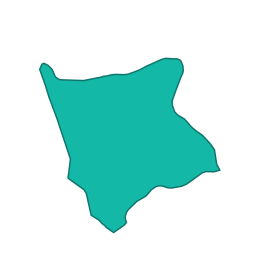 the district of San Antonio Ilotenango, Quiché, Guatemala, rotated 338°
{"feature_id": "79465075B34214096561703", "entity_name": "San Antonio Ilotenango", "entity_type": "district", "adm_level": 2, "iso_a3": "GTM", "parent_name": "Guatemala", "parent_adm1": "Quiché", "projection": "orthographic", "projection_center": [-91.208, 15.056], "detail": "fine", "context": "isolated", "style": "filled", "palette": "teal", "viewbox_px": 256, "rotation_deg": 338, "n_neighbors": 0, "source": "geoboundaries", "source_scale": "gbopen_adm2", "svg_char_len": 1151}
<svg xmlns="http://www.w3.org/2000/svg" viewBox="0 0 256 256"><g transform="rotate(338 128 128)"><path d="M197.3,201.5L196.7,194.7L200.0,180.6L198.4,173.5L194.2,162.6L190.5,156.9L188.8,153.9L187.1,150.6L183.8,141.0L178.8,134.4L177.3,130.3L177.6,124.0L178.8,119.9L181.5,116.6L185.1,112.6L187.0,110.5L195.8,101.0L199.4,97.5L200.8,95.4L202.2,90.8L202.0,85.5L201.5,84.3L199.7,82.5L195.6,80.7L189.2,77.6L185.1,77.0L168.4,77.6L160.1,78.5L148.6,78.2L144.6,77.2L136.4,73.6L132.2,72.4L127.4,71.8L124.9,70.9L122.3,70.9L118.2,70.0L104.6,67.4L83.4,58.0L81.7,56.4L79.8,53.4L79.5,45.1L77.4,40.1L74.4,36.6L72.5,36.5L71.2,37.5L68.1,40.6L67.4,57.3L66.3,69.7L65.7,92.3L63.0,135.2L56.4,147.2L54.0,151.1L53.8,152.4L64.3,169.1L64.5,171.2L64.8,173.3L61.2,195.1L66.5,202.4L68.2,207.0L70.0,209.9L70.2,211.2L73.9,217.1L75.5,219.5L88.5,216.5L91.2,215.0L91.2,212.9L92.2,209.0L95.3,205.4L98.2,203.6L108.7,199.3L119.2,197.8L124.8,195.0L126.6,193.9L128.9,193.5L131.1,192.9L132.5,192.9L134.7,193.1L136.5,193.8L138.4,194.9L142.8,198.5L146.3,200.1L156.1,202.1L161.6,201.9L180.3,197.3L184.3,197.7L191.2,200.8L197.3,201.5Z" fill="#14b8a6" stroke="#0f766e" stroke-width="1.5"/></g></svg>